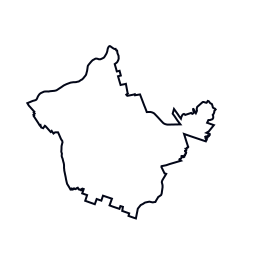 outline of Paulesti, Satu Mare, Romania, rotated 325°
{"feature_id": "2599482B77186768988963", "entity_name": "Paulesti", "entity_type": "district", "adm_level": 2, "iso_a3": "ROU", "parent_name": "Romania", "parent_adm1": "Satu Mare", "projection": "orthographic", "projection_center": [22.964, 47.739], "detail": "fine", "context": "isolated", "style": "outline", "palette": "ink", "viewbox_px": 256, "rotation_deg": 325, "n_neighbors": 0, "source": "geoboundaries", "source_scale": "gbopen_adm2", "svg_char_len": 5654}
<svg xmlns="http://www.w3.org/2000/svg" viewBox="0 0 256 256"><g transform="rotate(325 128 128)"><path d="M163.2,56.1L162.6,55.9L161.9,54.9L161.4,53.8L160.4,50.9L160.1,50.5L159.8,50.3L159.4,50.3L158.7,50.4L157.8,50.9L157.3,51.1L156.4,51.9L155.8,52.5L155.0,53.3L153.5,54.4L153.0,54.7L150.8,55.7L150.1,56.0L149.0,56.4L148.4,56.5L146.3,56.2L145.8,56.1L144.7,55.8L143.6,55.0L143.2,54.5L142.9,54.0L142.1,53.2L141.5,52.7L140.8,52.5L140.1,52.4L138.8,52.3L138.4,52.2L137.6,52.2L136.0,52.5L132.3,53.5L131.5,53.8L130.9,54.0L130.3,54.5L127.4,57.6L124.2,60.3L122.5,60.9L120.5,61.4L120.2,61.6L118.1,61.9L116.8,61.7L115.4,61.7L114.7,61.7L113.7,61.4L112.9,61.0L111.7,60.6L109.4,59.1L107.8,58.3L107.0,57.9L102.8,56.8L99.8,56.3L97.1,56.3L91.1,56.1L90.2,55.8L89.2,55.4L85.3,53.2L84.4,52.8L83.9,52.6L83.6,52.3L81.4,50.8L80.2,50.1L79.3,49.9L77.1,49.5L76.2,49.4L75.0,49.5L74.3,49.7L72.7,50.3L71.6,50.9L70.4,51.7L69.7,52.0L69.1,52.2L68.2,52.1L67.2,51.8L65.6,51.2L59.8,49.9L59.6,52.6L59.6,53.0L59.7,53.5L60.6,60.9L59.7,61.1L59.8,62.7L58.3,62.8L58.3,63.9L57.6,64.0L57.4,70.6L57.3,73.2L57.2,74.0L57.2,75.4L58.0,75.4L57.2,77.7L58.4,79.5L61.2,78.5L61.4,79.0L61.7,81.0L62.4,87.0L63.0,87.0L63.8,86.7L63.8,89.8L65.6,89.7L66.0,89.9L68.2,91.4L67.8,93.6L66.8,98.5L66.7,100.0L66.8,100.6L66.7,100.9L66.3,101.8L66.2,102.1L64.8,103.3L63.2,104.7L61.2,107.4L60.6,108.1L59.8,109.1L59.4,110.2L59.3,110.7L59.2,111.0L57.6,112.9L57.1,114.3L56.9,115.4L55.6,118.7L55.3,119.7L54.6,121.2L53.8,122.5L52.7,124.0L52.1,125.2L51.4,126.3L48.7,132.6L47.8,134.5L46.7,137.2L46.1,138.8L45.8,143.5L45.6,145.5L45.8,145.6L46.7,145.1L47.0,145.1L47.2,145.3L47.4,145.6L47.1,146.1L47.0,146.5L47.6,146.8L48.0,146.8L48.4,146.6L49.0,146.4L49.2,146.5L49.3,147.3L49.4,147.5L49.8,147.9L50.1,148.1L50.3,148.1L50.8,147.9L51.0,147.8L51.5,148.0L51.8,147.9L52.6,148.1L52.6,148.3L52.6,149.0L52.4,149.3L52.4,149.5L52.5,150.1L52.7,150.5L52.9,150.7L53.4,150.7L53.5,150.8L53.7,151.6L53.8,151.9L53.8,152.1L54.0,152.2L54.4,152.2L54.7,152.1L55.0,151.5L55.2,151.4L55.9,151.5L56.7,152.6L53.0,155.3L56.0,159.5L51.2,163.1L57.1,171.4L61.6,168.2L64.5,172.2L68.7,169.1L72.9,174.8L74.3,176.7L68.5,180.8L70.4,183.6L74.6,189.3L77.0,187.6L78.6,189.7L76.4,191.9L75.7,192.6L80.0,198.6L78.0,200.3L81.3,204.9L82.6,206.6L83.0,206.2L89.8,199.7L94.2,198.4L96.8,198.8L98.6,198.8L99.3,198.9L101.2,199.7L102.6,200.3L103.4,200.7L104.7,202.2L105.7,203.2L105.9,203.3L106.7,203.6L108.0,204.3L110.2,203.2L112.1,202.4L113.0,201.9L116.6,201.9L116.9,201.8L118.2,200.8L119.0,199.9L122.3,196.4L123.4,194.8L123.6,194.4L124.6,191.8L125.3,191.1L126.6,190.3L133.0,187.5L132.7,187.0L131.9,186.1L133.0,179.1L133.6,178.5L137.9,180.4L141.4,181.4L152.6,185.2L152.2,184.1L152.0,183.5L152.1,183.2L152.3,183.2L152.6,183.1L152.8,183.2L152.8,183.5L153.1,183.7L153.6,183.3L154.4,183.3L154.6,183.1L155.0,182.8L155.2,182.4L155.5,182.2L155.7,181.7L155.9,181.7L156.0,181.8L156.2,182.0L156.4,182.1L156.4,183.2L156.5,183.5L156.8,183.8L157.1,183.9L157.5,183.9L157.6,183.7L157.7,183.1L157.8,182.9L158.1,182.8L158.6,183.2L159.0,183.2L159.6,182.3L159.8,182.2L160.1,182.2L160.4,182.3L160.8,182.2L160.9,181.9L161.1,181.7L161.7,181.3L161.7,181.0L161.5,180.7L161.4,180.4L161.4,179.7L161.5,179.5L161.7,179.3L161.8,179.3L162.3,179.6L162.9,179.7L163.2,179.5L163.7,178.8L163.6,178.2L164.0,178.4L164.2,178.5L164.4,178.4L164.7,178.1L165.0,178.0L165.3,178.0L165.6,178.3L166.3,178.2L166.5,178.1L166.7,177.1L167.8,173.5L170.5,165.0L172.2,167.4L175.4,171.8L184.1,183.6L184.4,183.4L184.3,182.9L184.5,182.9L184.9,182.8L185.3,183.0L185.6,182.8L185.3,182.6L185.3,182.4L185.5,182.0L185.9,181.8L185.9,181.7L185.6,181.1L185.6,180.9L185.7,180.7L185.8,180.8L186.0,180.4L186.0,180.2L186.1,179.9L186.2,179.5L186.7,179.5L186.9,179.7L187.0,179.9L187.1,180.7L187.2,180.9L187.4,181.2L187.5,181.3L187.7,181.1L187.9,180.6L188.0,180.5L188.2,180.9L188.3,181.0L188.5,180.8L188.7,180.5L189.2,180.1L189.3,180.2L189.4,180.4L189.2,180.7L189.3,180.8L189.5,180.8L189.7,181.0L190.6,180.6L191.1,180.5L191.2,180.1L191.5,179.6L191.4,179.5L189.5,176.9L192.3,177.1L200.0,174.9L195.8,169.1L198.4,167.6L199.7,168.5L202.2,169.2L202.8,169.0L203.6,168.6L203.9,168.2L204.2,167.7L204.7,167.0L204.8,166.6L204.9,165.9L206.0,165.6L206.4,165.4L207.4,164.8L208.0,164.2L208.4,163.6L209.6,163.3L210.1,163.1L210.4,163.1L210.4,162.3L210.2,161.8L209.6,160.9L209.4,160.5L209.3,159.9L209.4,159.6L210.1,157.8L210.2,157.2L210.4,156.6L210.4,156.3L209.9,155.5L209.7,155.1L209.6,154.7L209.5,153.6L209.5,152.5L209.4,152.3L208.9,151.6L208.1,151.9L207.0,152.4L206.8,152.4L206.3,151.9L204.8,150.0L204.5,149.8L204.0,149.6L196.8,150.4L195.2,151.8L194.7,152.8L194.6,153.1L194.0,153.7L192.1,154.8L192.6,149.2L191.7,150.6L190.8,153.0L190.6,153.3L190.3,153.4L189.7,153.4L188.8,153.3L188.7,153.1L188.6,152.9L188.4,151.9L182.4,150.1L182.4,149.7L182.3,149.3L182.1,149.0L181.9,148.6L181.5,148.5L181.3,148.4L180.5,148.4L180.1,148.5L178.5,149.3L178.0,149.6L176.7,150.7L176.6,146.7L176.7,146.0L176.6,138.8L172.8,141.9L172.9,144.3L172.9,145.3L172.8,150.2L172.9,152.5L173.0,155.1L162.3,147.9L161.5,147.1L160.6,146.0L160.2,145.3L160.0,144.9L159.7,144.0L159.5,142.8L159.2,140.7L158.6,136.1L157.9,131.6L157.6,130.5L157.3,130.0L156.6,128.9L155.8,128.0L155.4,127.6L152.5,125.7L153.0,124.0L153.9,120.3L154.0,119.7L157.1,107.4L152.5,105.2L152.7,104.6L152.9,104.2L151.8,103.9L146.0,101.3L145.9,101.2L145.8,100.9L145.8,100.1L145.8,99.9L145.7,99.8L145.7,99.7L147.7,99.6L147.7,99.2L151.6,90.6L151.0,90.4L146.6,88.5L149.5,79.9L152.2,80.9L153.9,76.3L151.3,75.3L151.4,74.8L152.0,73.3L153.8,68.0L155.5,68.0L156.6,67.9L157.0,67.8L158.6,67.0L159.2,66.6L160.1,65.9L160.3,65.6L161.7,63.4L161.9,62.3L162.3,60.6L163.5,58.3L162.9,57.7L163.2,56.1Z" fill="none" stroke="#020617" stroke-width="2"/></g></svg>